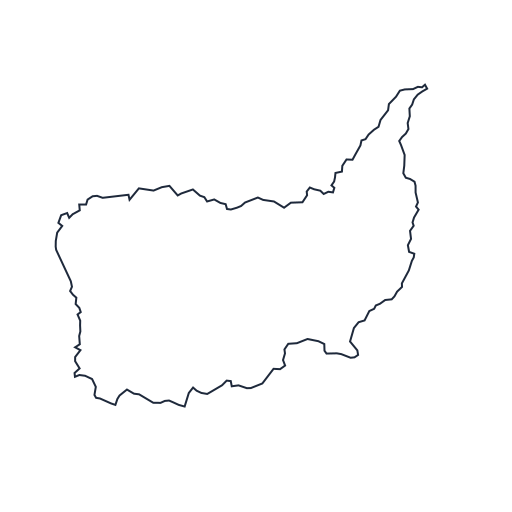 the district of Cerrito, Rio Grande do Sul, Brazil, rotated 258°
{"feature_id": "56859067B22286341591662", "entity_name": "Cerrito", "entity_type": "district", "adm_level": 2, "iso_a3": "BRA", "parent_name": "Brazil", "parent_adm1": "Rio Grande do Sul", "projection": "natural_earth1", "projection_center": [-52.786, -31.747], "detail": "fine", "context": "isolated", "style": "outline", "palette": "slate", "viewbox_px": 512, "rotation_deg": 258, "n_neighbors": 0, "source": "geoboundaries", "source_scale": "gbopen_adm2", "svg_char_len": 2546}
<svg xmlns="http://www.w3.org/2000/svg" viewBox="0 0 512 512"><g transform="rotate(258 256 256)"><path d="M123.6,154.9L136.0,161.8L140.4,167.1L136.6,169.9L133.4,174.1L131.2,179.6L132.5,183.6L136.6,195.9L140.2,201.4L138.9,205.3L133.6,205.2L133.1,212.0L128.6,219.6L127.9,223.5L130.0,235.7L142.0,249.7L140.3,256.0L142.8,261.7L148.6,260.8L154.7,264.1L158.7,264.4L163.4,269.3L162.2,277.9L164.1,289.1L159.7,299.3L155.7,304.5L149.1,303.3L145.9,304.7L144.0,314.8L142.3,319.0L136.8,327.4L136.4,331.3L138.0,335.3L142.6,335.5L152.8,330.2L165.2,336.8L169.9,342.6L170.4,348.8L178.6,355.4L179.8,360.6L182.7,362.9L183.5,367.3L186.1,373.2L185.4,379.7L187.7,383.0L191.8,386.6L195.4,392.4L198.9,393.0L210.1,402.5L218.9,407.5L221.8,410.0L225.3,411.3L228.2,406.6L235.0,406.8L240.5,411.2L248.6,411.9L252.8,416.5L256.3,416.1L260.8,418.6L267.5,424.7L271.1,422.8L274.7,425.5L284.9,425.3L291.6,426.7L295.7,426.5L299.3,422.7L301.4,418.8L306.3,417.3L313.5,419.8L323.9,422.4L334.5,420.9L338.7,420.0L342.0,423.6L344.6,428.0L348.5,431.5L354.5,432.0L360.7,435.5L368.4,436.7L371.6,440.2L376.4,443.0L380.2,447.7L382.4,452.9L384.1,458.2L388.4,456.9L386.5,453.5L387.8,449.5L386.6,444.3L388.0,436.2L387.8,431.1L382.7,426.1L377.0,417.6L371.1,415.5L363.2,406.1L356.9,402.7L355.0,397.7L351.4,391.4L347.5,387.4L347.1,383.2L342.4,381.1L335.0,374.6L330.1,370.4L331.6,364.6L326.3,359.2L320.7,357.6L320.7,351.0L316.4,349.6L312.6,347.9L309.4,344.5L306.4,346.8L302.2,344.5L303.8,340.1L302.6,335.1L306.5,332.5L309.2,326.7L311.8,322.9L308.5,319.0L304.8,318.6L298.9,312.6L300.9,301.2L297.4,293.5L305.6,284.9L309.4,274.6L312.8,270.0L310.6,256.4L308.0,251.8L307.2,247.4L306.7,241.1L308.0,237.4L313.0,237.1L315.3,232.2L320.0,226.9L319.5,219.5L324.3,217.7L326.7,213.7L334.2,208.1L332.7,195.9L331.5,192.0L342.6,185.9L342.9,178.2L341.3,169.4L346.5,155.5L337.3,144.0L342.4,144.0L344.8,118.1L347.9,113.0L348.4,108.6L346.2,103.0L341.7,100.5L343.1,93.8L337.3,93.1L335.0,85.4L332.2,81.2L337.3,80.2L336.4,73.9L329.5,69.6L325.7,72.7L320.2,66.4L312.4,63.3L306.8,62.0L303.6,61.8L269.8,69.6L264.2,69.6L260.4,66.9L256.2,68.9L252.6,71.6L246.5,69.6L242.0,72.4L237.6,72.9L235.9,69.3L229.3,70.6L224.7,69.5L218.7,68.5L214.5,66.4L206.3,65.3L204.3,60.1L200.4,64.7L194.8,58.1L190.7,57.2L182.7,60.1L179.3,54.2L175.5,53.8L176.3,58.5L174.4,63.9L169.7,70.1L161.3,72.1L153.7,69.1L150.5,70.1L149.1,73.7L141.9,83.6L139.6,87.5L145.0,90.7L147.9,93.5L152.2,102.0L146.7,108.0L145.0,112.9L133.8,125.0L132.2,132.1L133.2,136.7L132.7,140.9L130.2,144.4L126.4,149.5L123.6,154.9Z" fill="none" stroke="#1e293b" stroke-width="2"/></g></svg>